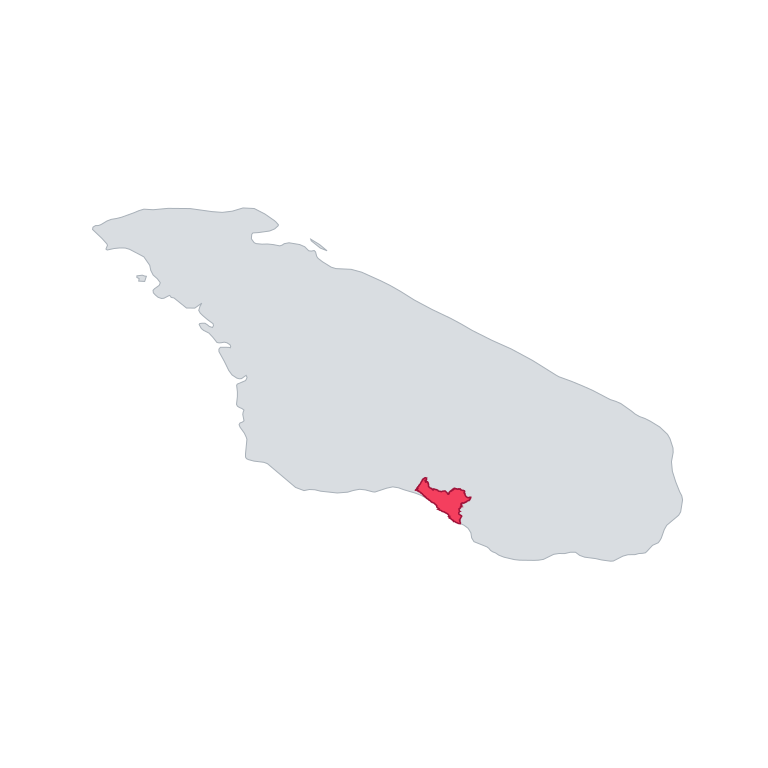 location of Morondava, Menabe, Madagascar, rotated 281°
{"feature_id": "10022922B91714644312966", "entity_name": "Morondava", "entity_type": "district", "adm_level": 2, "iso_a3": "MDG", "parent_name": "Madagascar", "parent_adm1": "Menabe", "projection": "robinson", "projection_center": [44.353, -20.514], "detail": "fine", "context": "in_parent", "style": "filled", "palette": "rose", "viewbox_px": 768, "rotation_deg": 281, "n_neighbors": 0, "source": "geoboundaries", "source_scale": "gbopen_adm2", "svg_char_len": 8798}
<svg xmlns="http://www.w3.org/2000/svg" viewBox="0 0 768 768"><g transform="rotate(281 384 384)"><path d="M493.6,84.9L495.4,89.8L497.6,94.5L504.4,105.9L507.3,110.2L509.8,114.9L511.0,124.1L515.2,138.5L519.2,160.1L520.4,182.3L521.6,192.5L524.7,202.1L529.9,212.0L531.5,223.1L528.2,234.5L523.5,245.2L522.3,247.2L520.1,250.0L519.1,249.9L515.4,247.1L512.4,242.6L508.7,231.9L507.3,226.5L505.7,225.6L501.2,226.1L498.0,229.5L497.4,231.6L498.0,237.6L499.2,243.0L499.7,248.5L499.7,255.4L500.9,257.5L502.7,259.3L504.5,263.8L504.8,274.6L503.6,280.0L500.4,284.7L500.6,287.3L501.7,290.0L500.6,291.6L496.4,293.6L494.7,295.4L492.3,300.2L488.6,309.9L488.1,314.8L490.3,329.9L489.5,340.7L484.7,361.1L482.0,370.9L478.1,382.5L472.2,397.8L466.3,417.0L461.2,436.8L457.5,448.7L453.4,460.4L447.6,481.1L442.7,502.1L435.5,525.2L425.6,551.0L424.5,554.3L422.4,567.5L420.1,578.9L417.5,590.2L411.9,608.9L411.2,614.7L410.0,620.2L404.7,632.0L402.4,636.3L400.8,641.0L399.9,646.8L398.3,652.5L394.4,662.9L388.7,671.9L384.8,675.2L376.3,679.9L372.0,680.9L362.6,681.0L353.4,683.7L343.8,688.9L334.6,694.8L331.1,697.6L327.2,699.2L315.1,699.6L311.4,698.3L299.3,688.5L294.6,686.9L285.7,685.6L283.0,684.7L280.5,683.5L276.9,678.4L269.8,674.0L268.1,672.7L267.0,669.7L266.2,666.5L264.4,662.9L263.0,656.1L260.6,651.3L254.0,642.9L253.3,640.2L252.8,631.2L253.0,625.1L252.3,614.0L253.1,608.8L255.4,604.1L254.4,599.0L252.0,593.7L251.0,588.1L249.2,583.1L242.3,574.0L240.6,569.5L239.5,564.9L236.9,550.5L236.5,545.5L236.9,534.8L237.9,529.4L239.5,525.6L240.0,522.7L241.0,520.3L242.7,518.3L243.8,516.0L246.4,502.4L249.7,499.4L254.5,497.7L258.4,494.1L260.7,489.3L262.9,479.5L269.1,469.7L271.3,464.5L276.2,456.7L280.6,445.8L282.0,440.6L282.9,435.3L284.0,423.7L284.9,418.0L284.7,412.2L282.2,406.4L276.2,395.7L276.0,393.7L276.5,385.8L276.0,380.1L273.7,374.3L270.9,369.0L268.1,358.9L266.7,342.3L267.0,336.3L266.2,330.9L264.1,325.8L265.6,316.9L283.6,284.7L284.2,280.9L283.5,271.1L283.9,265.4L284.5,263.2L285.9,262.0L288.9,261.4L303.5,260.0L305.4,259.0L309.1,256.3L314.1,251.0L316.4,249.5L318.3,250.1L319.6,252.3L321.2,253.6L327.1,251.2L329.4,251.1L331.7,251.5L332.8,249.3L333.4,246.4L334.3,244.3L335.9,243.1L343.5,242.5L348.3,241.6L354.6,239.6L355.9,240.0L360.9,247.4L362.5,248.0L364.4,248.3L366.2,247.0L362.1,243.1L361.5,240.9L361.7,238.4L363.9,233.1L367.6,229.1L375.8,222.9L384.3,215.8L386.7,215.3L388.8,216.4L390.4,224.8L390.2,226.2L391.5,226.4L393.1,225.4L394.5,222.0L394.6,219.2L393.5,216.5L392.9,214.2L392.9,212.1L397.2,207.1L400.6,202.4L402.2,196.7L403.6,194.1L407.1,191.2L408.2,191.6L409.0,194.0L409.5,196.6L408.5,199.1L407.2,201.5L406.7,204.8L408.7,205.5L410.6,204.7L413.4,198.7L416.6,193.0L418.5,190.1L420.9,188.1L424.8,188.5L428.6,189.7L422.4,183.8L420.9,175.6L428.4,161.4L428.4,158.5L429.5,157.6L430.0,156.4L426.2,151.6L425.5,149.3L426.0,145.7L427.8,142.5L429.5,140.2L431.9,139.4L433.8,140.6L437.9,144.5L440.7,145.1L444.1,141.4L446.9,136.6L451.0,133.4L455.8,131.4L463.0,124.0L467.7,108.5L468.1,104.0L467.1,98.5L465.5,93.2L462.7,86.7L463.4,85.3L467.4,86.1L468.7,85.2L473.0,79.5L480.1,68.4L482.4,68.4L484.4,70.5L485.1,73.5L486.5,75.8L491.2,81.0L493.6,84.9ZM444.3,128.5L444.4,130.2L439.0,129.5L438.2,123.6L440.8,123.5L441.4,121.1L443.0,120.8L444.7,126.0L444.3,128.5ZM508.6,294.1L503.9,302.7L505.3,295.5L510.7,285.2L512.2,284.4L508.6,294.1Z" fill="#d9dde1" stroke="#a8b0b8" stroke-width="1"/><path d="M289.4,490.8L289.4,490.7L289.2,490.0L289.0,489.8L289.1,489.5L289.0,489.3L288.5,488.6L288.4,488.4L288.5,487.7L288.6,487.2L288.9,486.8L289.0,486.3L289.1,486.1L289.6,485.6L290.4,484.9L290.7,484.8L291.2,484.4L291.5,484.5L291.6,484.3L292.1,484.1L292.2,483.9L292.4,483.8L292.5,483.5L292.5,483.4L293.4,483.6L293.6,483.6L294.0,483.7L294.4,483.4L294.5,483.2L294.5,482.8L294.6,482.5L294.7,482.1L294.5,481.3L294.7,480.5L294.7,479.6L295.0,479.3L295.1,479.0L295.3,479.2L295.6,478.8L295.6,478.7L295.4,478.0L295.1,477.7L295.3,477.0L295.1,476.8L294.8,476.7L294.7,476.5L294.8,476.1L294.9,475.8L294.8,475.5L295.0,475.3L295.0,475.1L294.8,474.8L294.8,474.3L294.9,474.1L295.0,474.0L295.1,473.8L295.0,473.6L294.9,473.4L295.0,473.1L295.1,472.8L294.8,472.6L294.3,472.7L294.3,472.4L294.2,472.2L294.1,472.4L294.0,472.5L293.5,472.2L293.5,471.9L293.4,471.9L293.2,472.0L293.1,471.9L293.2,471.4L292.9,471.3L292.9,471.0L292.7,471.0L292.4,470.7L292.2,470.7L292.4,470.4L292.2,470.2L291.9,470.2L291.7,470.0L291.5,469.9L291.5,469.7L291.3,469.6L291.2,469.4L290.9,469.4L290.6,469.0L290.2,468.7L289.9,468.6L289.5,468.8L289.4,468.6L289.1,468.7L288.9,468.6L288.5,468.7L288.1,468.4L288.0,468.1L288.0,467.8L288.1,467.6L288.6,467.3L288.8,467.1L289.2,466.7L289.9,465.6L290.5,464.7L290.7,464.3L290.5,463.8L289.9,461.8L289.2,460.8L289.2,460.7L289.4,459.5L289.2,458.2L289.3,457.7L289.7,457.4L290.1,456.9L290.1,456.2L290.3,455.8L290.3,455.2L290.3,454.8L290.3,454.4L290.2,454.3L290.5,453.4L290.5,452.7L290.4,452.6L290.1,452.5L289.3,452.4L289.4,452.0L289.8,451.4L290.5,450.9L290.6,450.7L290.6,449.6L290.7,449.3L290.9,448.8L291.4,448.3L291.6,447.5L291.7,447.4L292.3,447.1L292.9,447.1L293.9,446.9L294.5,446.6L294.6,446.3L294.6,446.2L294.8,446.2L294.9,446.4L295.1,446.4L295.8,445.9L296.0,445.4L296.3,445.3L296.3,445.1L296.3,444.7L295.9,444.3L295.6,443.7L295.8,443.5L296.3,443.4L296.4,443.2L296.7,443.0L296.9,442.7L297.0,442.7L297.3,442.9L297.4,443.1L297.6,443.5L297.7,443.9L297.9,443.9L298.3,443.9L298.6,444.0L298.8,444.0L299.1,443.8L299.6,443.5L299.8,443.6L299.9,442.5L299.7,442.0L299.4,441.8L299.1,441.4L298.9,441.4L298.6,441.2L298.3,440.5L298.1,440.5L297.7,440.4L297.5,440.2L297.3,440.3L297.1,440.2L297.0,439.9L296.9,439.8L296.4,439.8L296.1,439.8L295.6,439.6L294.9,439.2L293.6,438.9L292.4,438.5L291.9,438.0L291.5,438.0L291.3,437.9L291.1,437.6L290.8,437.5L290.4,437.6L290.2,437.6L289.9,437.4L289.5,436.8L289.1,436.8L288.9,436.7L288.6,436.5L288.4,436.7L288.3,436.4L288.1,436.3L287.9,436.1L287.7,436.3L287.4,436.3L287.4,436.7L286.5,436.0L286.4,435.5L286.1,435.2L285.8,435.2L286.2,437.1L285.8,437.2L285.9,437.8L285.8,438.0L285.7,437.8L285.4,437.6L285.1,438.5L284.9,439.4L284.6,440.5L284.4,440.7L284.4,440.9L284.3,441.1L284.1,441.1L283.9,441.2L283.9,441.3L284.1,441.2L284.1,441.3L283.8,441.5L283.7,441.9L283.6,442.5L283.2,442.8L283.0,443.0L282.8,443.2L282.7,443.3L282.7,443.6L282.6,443.8L282.3,444.0L282.2,444.1L281.9,444.5L281.9,444.8L281.7,444.8L281.5,445.4L281.3,445.7L281.1,445.9L281.2,446.1L280.9,446.2L280.7,446.9L280.0,447.5L279.8,447.9L279.8,448.2L279.6,448.5L279.5,449.0L279.3,449.6L279.0,450.0L278.6,450.3L278.5,450.7L278.4,451.4L278.2,451.6L277.9,452.2L277.4,452.6L277.2,453.3L276.9,453.8L277.0,454.2L276.9,454.5L276.6,456.0L276.4,456.4L276.3,456.5L276.2,456.7L275.9,456.9L275.7,457.1L275.6,457.3L275.4,458.0L275.0,458.3L274.8,458.7L274.6,458.8L274.5,459.1L274.4,459.1L274.1,459.1L273.8,459.1L273.3,459.4L273.0,459.6L272.6,460.5L272.4,460.6L272.3,460.9L272.3,461.1L272.1,461.7L271.8,461.5L271.7,461.6L271.3,461.7L271.2,461.5L271.1,462.3L270.8,462.7L270.7,463.0L270.8,463.5L270.6,464.5L270.0,465.3L270.0,466.4L269.9,466.6L270.0,467.4L269.8,467.6L269.7,468.0L269.5,468.6L269.3,468.8L269.1,470.1L268.5,471.6L268.3,471.9L268.2,471.9L268.1,472.1L267.6,472.6L267.2,472.7L267.0,472.8L266.6,473.0L266.3,473.1L266.2,472.9L266.1,473.1L266.2,473.4L265.9,473.2L265.4,473.4L265.1,473.7L264.9,473.7L264.9,473.9L265.2,474.1L265.2,474.5L264.8,474.6L264.8,474.9L264.8,475.1L264.5,475.3L264.2,475.6L263.8,476.4L263.5,477.2L263.0,477.9L262.9,478.2L262.7,478.3L262.9,478.4L262.6,478.6L262.6,479.0L262.4,479.7L262.3,480.1L262.1,480.6L261.8,481.2L261.7,482.2L261.6,482.7L261.3,483.5L261.4,484.7L261.3,486.0L261.5,485.7L261.8,485.5L262.0,485.4L262.3,485.5L262.7,485.3L262.9,485.3L263.2,485.0L263.5,484.6L263.9,484.5L264.5,484.6L264.7,484.2L264.9,484.0L265.6,484.4L267.9,485.0L268.3,485.2L268.9,485.5L269.1,485.5L269.3,485.4L269.5,485.1L269.8,484.1L270.4,483.0L270.5,482.5L270.6,482.3L271.4,482.0L271.7,482.0L272.1,481.9L272.3,482.1L272.7,482.3L273.2,482.4L273.4,482.8L273.5,482.5L274.0,482.3L274.2,482.0L275.2,481.7L275.6,481.4L275.9,481.5L276.2,482.2L276.6,482.2L276.7,482.5L276.9,482.7L277.1,482.7L277.3,482.8L277.5,482.7L277.8,482.7L278.1,482.6L278.1,483.0L278.3,483.2L278.4,483.5L278.5,483.2L278.7,483.4L278.8,483.3L279.1,483.4L279.3,483.2L279.6,483.2L279.6,482.9L279.8,482.9L280.0,483.2L280.1,482.8L280.3,482.8L280.3,482.6L280.5,482.6L281.0,482.4L281.2,482.5L281.4,482.7L281.9,483.0L282.0,483.4L282.0,483.6L282.4,483.9L282.4,484.0L282.2,484.1L282.2,484.4L282.1,484.5L282.3,485.0L282.6,485.3L282.6,485.6L282.8,485.8L283.0,485.8L283.2,486.1L283.3,486.4L283.5,486.4L283.5,486.8L283.8,487.0L284.0,487.1L284.1,487.5L284.4,487.5L284.6,487.7L284.9,487.9L285.3,488.6L285.7,488.9L285.7,489.1L285.8,489.3L285.8,489.7L286.1,489.8L286.5,489.9L286.6,490.2L286.8,490.3L287.2,490.2L287.3,490.4L287.5,490.5L287.8,490.5L288.1,490.5L288.7,490.9L289.1,490.8L289.4,490.8Z" fill="#f43f5e" stroke="#9f1239" stroke-width="1.5"/></g></svg>